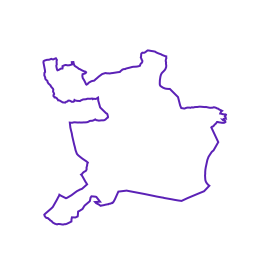 Baringo South, Rift Valley, Kenya (Robinson projection), rotated 79°
{"feature_id": "3690345B40678140924762", "entity_name": "Baringo South", "entity_type": "district", "adm_level": 2, "iso_a3": "KEN", "parent_name": "Kenya", "parent_adm1": "Rift Valley", "projection": "robinson", "projection_center": [36.066, 0.459], "detail": "fine", "context": "isolated", "style": "outline", "palette": "violet", "viewbox_px": 256, "rotation_deg": 79, "n_neighbors": 0, "source": "geoboundaries", "source_scale": "gbopen_adm2", "svg_char_len": 5778}
<svg xmlns="http://www.w3.org/2000/svg" viewBox="0 0 256 256"><g transform="rotate(79 128 128)"><path d="M46.3,198.1L47.5,198.5L53.7,198.5L55.5,198.5L57.2,198.7L57.9,199.5L60.3,200.1L62.8,199.6L63.7,199.8L64.7,199.5L65.6,198.7L66.6,198.1L67.5,198.2L69.2,197.6L69.8,197.1L71.6,195.8L72.4,195.8L75.1,194.2L75.9,194.0L78.0,194.6L80.0,194.0L80.8,194.1L81.2,194.7L82.3,195.1L83.0,194.6L84.0,194.3L84.0,193.5L85.5,192.0L86.1,191.9L86.8,191.4L87.5,191.3L87.8,190.1L90.4,187.2L91.1,184.7L90.5,183.8L90.4,182.4L89.7,181.4L90.0,180.1L90.6,179.2L91.5,178.3L91.7,177.3L91.8,176.5L91.5,175.8L90.8,175.5L90.3,175.2L90.8,174.7L91.3,173.7L91.9,172.0L92.1,170.9L92.4,170.0L92.0,169.2L91.9,168.8L91.4,166.6L91.7,164.2L91.7,163.2L91.5,162.4L91.7,161.2L92.1,159.7L92.2,157.6L93.0,157.1L92.7,156.2L93.3,154.3L93.2,153.2L92.6,152.2L92.4,151.6L93.8,151.7L95.3,152.0L102.5,151.4L103.4,150.8L109.3,146.7L110.0,145.8L110.7,145.6L113.4,145.5L113.9,145.8L114.1,146.5L115.3,148.4L115.5,148.8L115.7,149.5L115.8,150.0L115.8,150.4L115.4,152.8L115.2,155.2L114.7,156.4L114.2,157.7L113.3,158.5L113.8,160.0L114.1,161.5L113.8,163.5L113.8,164.4L114.2,165.3L114.4,166.1L114.5,167.0L114.4,168.4L114.2,169.6L114.0,170.6L113.9,171.8L113.5,174.0L113.3,174.4L113.1,176.1L112.2,179.3L112.1,180.6L112.2,181.7L112.0,182.8L111.6,184.1L116.6,184.5L119.6,184.4L122.5,184.2L125.2,184.3L134.0,184.0L136.6,183.8L139.8,183.7L143.6,183.1L145.3,182.1L147.8,180.0L149.4,178.6L152.6,175.4L154.3,174.0L155.7,175.0L156.5,175.1L159.3,176.4L160.4,176.4L161.4,177.0L161.7,177.2L162.2,177.9L162.5,179.1L163.1,180.4L163.6,181.1L164.4,181.9L164.8,182.9L165.6,182.4L167.5,181.7L172.4,180.1L174.1,179.4L175.5,178.9L178.9,184.7L179.1,185.8L179.3,186.8L179.3,187.3L179.7,188.1L180.1,189.8L181.0,191.8L183.2,196.3L184.9,201.1L185.1,202.3L181.7,206.7L180.4,208.1L181.5,208.7L182.6,209.7L184.9,211.5L191.2,216.9L192.2,218.4L196.4,225.7L197.1,226.7L198.4,226.6L199.4,226.1L200.2,225.7L200.7,225.2L200.8,224.7L201.0,224.1L201.3,223.8L201.5,223.5L202.2,223.3L202.6,222.7L202.9,222.4L203.7,222.1L204.8,220.8L206.4,219.9L207.8,218.3L208.0,218.1L208.3,217.4L208.8,216.7L208.9,216.4L209.1,215.7L209.0,215.4L208.9,215.0L209.1,214.0L209.5,212.6L209.9,211.7L210.4,210.2L210.3,208.6L210.5,207.8L210.4,206.5L209.6,203.4L209.0,201.4L206.9,200.9L205.0,200.1L205.8,196.7L205.2,194.3L203.8,193.8L200.5,192.9L200.1,191.4L199.5,189.9L199.1,188.8L198.8,188.1L198.6,187.9L196.7,186.2L195.9,185.4L192.6,179.5L190.2,178.4L189.7,178.3L189.2,178.0L188.1,176.9L188.7,174.7L189.0,173.8L189.3,172.8L189.5,172.5L189.7,172.2L195.0,169.5L194.4,174.4L195.6,173.7L195.8,173.5L196.7,172.3L198.1,170.6L198.8,170.1L199.2,169.6L199.0,168.6L199.1,168.3L199.1,167.5L199.1,166.8L199.1,166.0L199.0,165.1L199.0,164.1L199.0,162.5L199.1,161.8L198.9,161.6L198.9,161.2L198.8,160.9L198.9,159.5L198.6,158.7L198.7,157.7L198.2,157.4L198.2,156.9L197.5,156.1L197.1,155.8L195.4,154.4L188.6,149.6L189.0,144.2L189.2,141.2L189.4,140.8L189.7,140.1L195.7,125.0L199.4,116.1L200.8,112.8L202.7,107.9L203.2,106.5L203.5,106.1L206.4,98.5L207.3,96.3L208.7,92.6L209.8,89.3L209.3,87.4L208.2,83.0L205.6,70.5L204.6,65.4L200.2,59.2L199.4,59.9L198.5,60.5L197.0,61.3L195.6,61.8L193.9,62.0L192.0,61.8L189.1,61.4L187.6,60.9L187.2,60.9L185.5,60.5L183.7,60.0L181.5,59.2L174.5,56.2L171.6,54.4L169.4,52.3L167.4,50.3L166.3,48.3L159.1,42.1L143.3,46.1L142.8,45.3L142.6,44.0L142.0,43.2L141.2,42.3L140.5,41.0L139.9,40.3L139.1,39.5L139.2,38.7L139.7,37.9L140.2,36.4L140.8,34.9L141.1,33.7L141.2,32.5L140.8,31.3L139.7,31.2L139.0,32.1L138.6,33.1L137.8,33.6L138.2,32.4L137.3,32.1L137.2,31.2L137.5,30.2L136.9,30.3L136.2,30.1L135.7,30.3L135.0,30.7L134.3,29.7L133.6,29.3L133.2,29.8L133.0,30.9L132.6,32.2L131.7,33.9L131.4,34.7L130.6,34.2L129.6,33.5L129.1,32.4L128.5,33.1L127.3,34.9L126.3,35.7L125.8,36.8L125.2,37.4L124.5,38.6L124.0,39.8L124.2,40.9L123.9,43.2L123.6,44.3L122.2,47.5L122.2,48.3L121.0,52.5L120.7,53.6L120.6,55.9L120.2,58.4L120.3,59.2L120.3,60.4L119.9,61.2L119.9,61.9L120.1,62.8L119.7,63.8L119.3,66.0L119.4,67.4L119.7,68.7L119.4,69.8L119.0,70.7L118.6,71.9L115.9,72.5L107.2,73.0L97.6,79.5L97.3,81.1L96.9,82.5L96.4,83.9L95.2,85.8L93.7,87.4L92.8,88.2L91.7,88.5L90.2,88.3L87.2,87.6L83.8,86.4L82.0,85.5L80.7,84.5L79.8,83.3L79.1,82.2L77.8,80.5L76.9,79.8L75.9,79.2L75.4,78.9L73.7,78.5L72.6,78.5L71.8,78.4L70.8,78.1L69.5,78.2L68.7,78.0L67.7,77.6L66.7,77.0L65.7,77.0L65.0,76.8L64.6,77.7L62.8,80.6L62.1,81.3L60.8,83.5L59.9,84.9L59.0,86.1L58.3,86.7L57.7,88.0L56.8,90.5L55.9,92.8L55.6,94.0L56.9,96.6L57.2,97.6L57.2,98.1L56.8,99.5L57.5,100.7L58.5,101.1L59.9,101.4L61.3,102.0L62.4,101.6L63.5,101.6L64.4,101.1L64.7,101.1L65.7,101.3L66.7,102.1L67.2,103.1L67.8,103.6L68.3,104.0L69.1,104.3L69.3,105.1L69.4,106.0L69.4,107.4L69.3,108.6L68.9,111.2L68.9,112.4L69.0,113.7L69.1,115.1L69.2,117.5L69.3,118.7L69.6,119.5L69.4,120.9L69.6,122.4L70.2,123.3L70.7,124.4L71.4,125.2L71.4,126.0L71.3,127.3L71.1,133.0L71.0,133.8L71.0,135.2L71.0,135.5L70.5,137.2L70.3,138.3L69.8,139.4L69.8,140.2L70.1,143.0L70.7,144.3L71.9,146.8L73.6,149.7L74.1,150.7L74.7,151.5L75.1,152.4L75.0,153.6L75.1,155.0L75.5,156.2L75.8,157.2L76.2,158.1L77.2,159.4L77.3,159.8L77.5,160.5L76.9,160.9L75.8,161.1L72.9,161.9L70.3,162.9L68.2,162.9L66.5,162.3L66.4,161.0L66.3,160.1L66.1,159.2L65.3,158.5L64.6,159.0L64.1,160.1L63.0,161.7L61.6,163.4L60.9,164.2L60.5,165.0L59.3,165.9L57.9,167.4L56.8,168.5L55.9,168.8L54.1,169.0L52.8,169.0L52.7,169.8L52.6,170.6L53.7,170.7L54.9,170.7L55.2,173.5L55.0,175.3L54.3,176.9L54.2,177.6L54.5,179.4L54.8,180.5L55.4,180.6L56.2,180.6L57.1,181.0L56.9,182.6L57.5,184.2L57.8,185.2L57.9,186.2L57.1,186.5L54.4,186.6L53.2,186.5L52.8,186.3L52.0,185.8L50.9,185.7L48.5,185.3L48.1,185.1L47.7,184.8L45.8,185.5L46.1,187.1L46.4,188.2L46.1,189.2L45.5,190.0L45.6,190.9L45.9,191.9L45.8,193.5L45.6,194.7L45.9,197.1L46.3,198.1Z" fill="none" stroke="#5b21b6" stroke-width="2"/></g></svg>